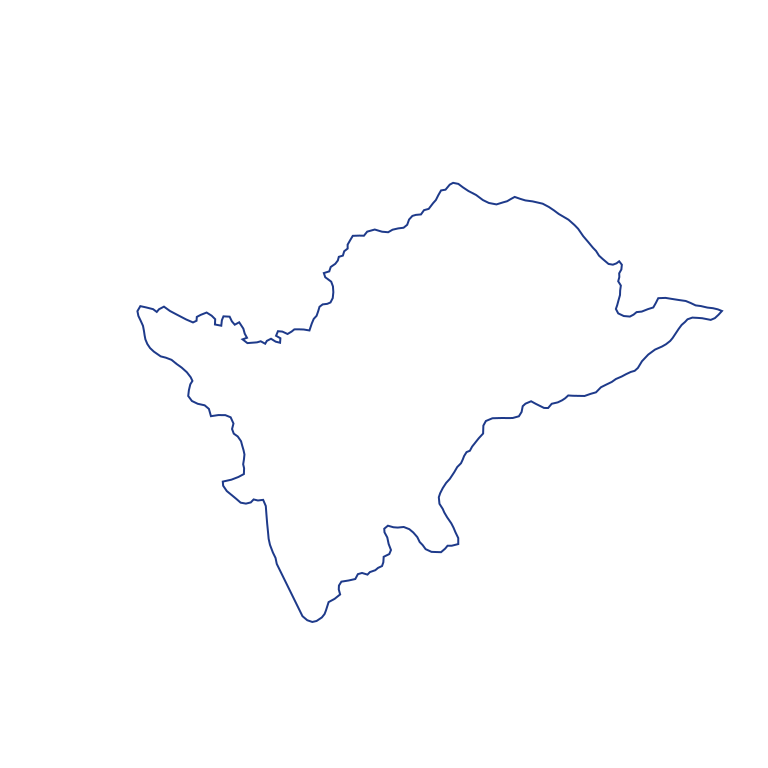 Ituverava, São Paulo, Brazil (Equal Earth projection), rotated 302°
{"feature_id": "56859067B5910170825055", "entity_name": "Ituverava", "entity_type": "district", "adm_level": 2, "iso_a3": "BRA", "parent_name": "Brazil", "parent_adm1": "São Paulo", "projection": "equal_earth", "projection_center": [-47.81, -20.319], "detail": "fine", "context": "isolated", "style": "outline", "palette": "blue", "viewbox_px": 768, "rotation_deg": 302, "n_neighbors": 0, "source": "geoboundaries", "source_scale": "gbopen_adm2", "svg_char_len": 4258}
<svg xmlns="http://www.w3.org/2000/svg" viewBox="0 0 768 768"><g transform="rotate(302 384 384)"><path d="M315.1,136.3L311.6,139.6L308.8,144.0L305.6,148.8L301.7,152.4L298.3,155.3L295.4,158.0L292.5,162.1L290.5,166.6L289.5,171.7L289.1,180.0L290.7,185.0L291.9,191.0L291.1,197.4L290.7,203.7L289.5,210.6L287.3,216.5L285.1,219.9L281.1,219.9L275.4,221.8L270.1,224.3L267.8,230.1L268.5,236.5L270.9,243.2L270.1,248.7L265.0,254.3L269.8,259.9L273.5,265.9L274.5,271.6L270.7,277.3L265.3,279.0L262.3,282.9L262.0,287.8L259.7,293.1L256.8,296.2L253.4,300.0L250.3,303.0L245.8,305.2L241.3,307.1L238.4,310.0L233.4,312.9L228.0,309.8L222.0,305.3L215.8,299.0L212.5,301.5L209.9,307.4L208.3,319.6L207.4,325.3L209.4,330.3L213.0,333.8L217.0,334.6L218.4,338.8L221.7,342.9L217.9,348.4L211.5,353.1L203.7,358.9L197.5,363.7L191.6,368.2L187.2,372.5L182.2,379.1L179.0,384.2L174.6,388.4L143.9,437.9L143.0,444.1L144.2,449.3L147.3,452.4L153.1,455.0L157.4,455.5L161.1,454.8L169.7,452.6L175.7,456.0L182.3,458.3L185.8,454.5L189.2,452.6L193.8,452.6L198.6,458.1L203.4,463.0L208.9,462.6L212.1,465.5L213.6,471.0L217.0,471.7L221.5,475.3L224.9,476.4L228.6,478.8L232.5,477.9L237.3,475.3L242.6,478.6L246.9,477.9L250.8,472.7L255.6,468.1L258.5,463.0L261.4,460.9L265.9,462.4L267.5,467.9L269.5,471.7L273.2,476.5L274.3,482.4L273.6,487.5L271.8,493.4L268.9,498.0L267.9,502.1L266.0,506.8L266.8,513.2L269.1,517.2L271.6,521.5L276.8,523.1L280.5,523.6L282.8,527.2L287.6,531.8L292.7,528.6L296.1,523.2L299.0,519.1L301.5,514.9L304.4,508.2L307.0,503.2L309.2,500.0L311.8,494.5L317.0,490.5L321.2,489.5L326.8,489.0L333.0,489.1L338.4,490.1L346.4,490.3L352.4,490.1L357.6,491.3L361.7,490.8L365.4,490.1L370.0,490.1L372.9,492.2L377.6,491.9L388.2,493.1L394.5,494.3L401.4,490.3L406.6,490.0L412.4,494.1L415.4,498.6L417.9,502.4L420.2,506.2L423.3,511.1L428.1,515.5L433.2,515.5L438.7,513.4L442.3,514.4L447.3,517.9L447.6,523.1L448.5,532.4L450.6,535.9L456.1,536.7L460.5,541.1L464.6,543.7L467.9,545.2L471.9,546.3L474.0,550.2L480.1,560.4L485.2,564.5L489.3,568.2L496.2,569.7L501.1,572.7L506.5,576.1L511.1,578.0L516.3,581.6L520.5,584.0L525.0,586.9L528.0,589.6L532.1,590.8L540.0,590.7L549.0,592.5L556.8,595.6L563.1,599.9L567.2,602.1L572.2,603.9L576.0,604.4L586.9,604.7L591.8,605.1L596.1,606.4L599.7,607.1L603.7,610.3L606.3,615.0L608.4,619.0L611.5,627.1L615.2,629.7L620.0,631.0L625.0,631.9L624.2,627.5L622.6,622.8L620.2,617.8L618.0,611.4L615.8,606.6L615.2,601.2L614.3,595.9L611.5,589.6L608.6,582.8L606.2,577.1L602.1,571.1L596.6,571.6L591.6,571.8L587.4,568.2L582.0,564.2L578.8,560.1L575.1,558.9L571.5,556.8L568.7,551.3L568.0,545.2L570.5,540.9L574.4,540.0L579.0,538.6L584.5,537.0L588.5,534.7L593.0,532.7L595.2,528.2L599.4,526.9L602.5,524.8L606.9,524.6L611.2,522.5L612.7,518.4L609.5,517.2L606.5,514.9L604.8,510.8L605.9,503.2L606.8,498.3L609.2,493.3L610.3,488.9L612.7,481.7L614.9,474.7L618.5,466.4L619.7,461.6L621.1,453.4L620.8,441.9L621.3,436.2L621.5,430.0L621.0,423.0L617.6,413.2L614.6,406.6L613.2,401.4L611.9,395.7L608.0,393.5L604.3,391.6L601.1,388.7L595.9,384.2L593.1,377.0L592.4,370.4L593.1,362.0L592.4,353.4L592.6,346.7L593.1,341.0L591.2,336.0L587.9,334.1L581.4,333.2L578.4,329.8L573.0,330.0L567.5,330.5L563.4,329.8L556.2,329.1L552.6,325.8L547.4,325.5L544.3,321.4L541.6,319.0L536.8,318.1L531.3,319.3L526.9,317.8L523.5,313.6L519.4,309.5L514.9,307.1L512.1,301.6L510.1,294.3L504.3,289.0L499.1,288.4L496.8,284.5L493.1,279.0L488.3,279.1L482.9,279.3L479.6,281.4L475.5,279.9L471.1,281.1L467.9,278.3L464.3,279.4L460.1,279.0L455.0,276.8L450.5,277.9L446.2,274.2L443.4,277.6L442.8,285.0L439.7,289.0L435.0,292.4L429.7,295.0L424.8,295.4L421.9,293.4L419.0,289.8L415.3,288.4L410.9,289.6L406.1,290.7L402.0,289.9L397.0,290.7L389.9,292.4L387.7,287.1L385.0,282.4L382.8,279.0L379.6,277.9L375.3,275.7L374.6,270.1L372.6,266.1L367.7,266.9L367.9,271.9L363.9,274.0L362.5,269.7L362.5,264.2L358.5,261.8L355.2,261.9L354.9,256.8L352.0,254.2L349.2,250.4L346.3,246.5L346.9,240.4L350.6,243.3L352.9,239.2L356.4,235.4L359.6,228.5L355.2,226.0L356.5,221.8L359.3,217.4L356.3,212.0L352.2,212.7L347.2,215.1L344.9,209.1L349.5,206.5L350.6,201.6L350.6,195.7L345.6,192.0L341.7,189.7L338.3,191.5L335.0,189.4L333.9,182.1L333.0,170.7L332.5,163.8L333.0,156.4L328.2,153.6L324.7,153.1L325.1,148.5L322.8,141.4L320.9,136.1L315.1,136.3Z" fill="none" stroke="#1e3a8a" stroke-width="2"/></g></svg>